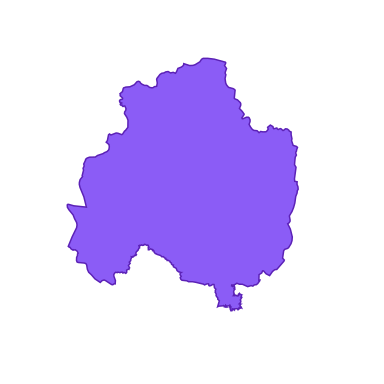 outline of Na Duang, Loei, Thailand, rotated 34°
{"feature_id": "78962969B28379819304677", "entity_name": "Na Duang", "entity_type": "district", "adm_level": 2, "iso_a3": "THA", "parent_name": "Thailand", "parent_adm1": "Loei", "projection": "albers", "projection_center": [102.034, 17.538], "detail": "fine", "context": "isolated", "style": "filled", "palette": "violet", "viewbox_px": 384, "rotation_deg": 34, "n_neighbors": 0, "source": "geoboundaries", "source_scale": "gbopen_adm2", "svg_char_len": 5998}
<svg xmlns="http://www.w3.org/2000/svg" viewBox="0 0 384 384"><g transform="rotate(34 192 192)"><path d="M179.7,311.1L178.0,308.2L174.2,305.4L173.3,304.1L173.3,302.1L173.7,301.1L175.1,300.7L175.2,300.1L176.2,299.5L177.4,299.2L177.8,298.4L179.0,297.5L179.5,297.3L180.0,297.8L181.1,296.5L182.6,296.5L182.7,296.1L182.8,295.1L181.5,293.3L182.4,291.6L183.0,291.4L182.6,290.5L182.7,289.8L180.4,288.5L180.6,285.7L179.2,285.2L179.6,283.2L179.0,282.4L178.5,280.0L178.0,279.6L178.9,279.3L178.7,279.0L179.1,278.4L179.7,278.4L180.0,276.3L180.9,276.1L181.0,275.0L180.1,274.7L179.5,273.8L179.3,272.4L179.7,271.4L179.5,270.8L179.9,270.2L179.4,268.5L179.8,267.6L178.2,266.3L178.9,266.1L178.5,265.4L179.6,264.6L179.7,264.1L181.1,263.8L181.3,263.3L181.8,263.1L181.8,262.1L182.2,261.7L184.3,261.5L185.0,260.7L185.7,260.8L186.1,261.4L186.8,261.7L186.7,262.2L187.1,262.3L186.9,262.6L188.1,264.3L188.7,264.0L189.5,262.2L191.6,262.2L191.6,261.8L192.3,261.9L192.4,262.6L193.5,262.2L194.3,263.1L196.2,263.6L196.9,263.2L197.8,263.3L201.5,262.2L203.2,262.6L204.5,261.6L206.3,262.0L207.2,261.7L207.5,262.4L208.8,262.1L209.7,262.7L210.5,262.0L212.5,261.8L213.3,262.5L214.7,262.4L215.4,263.3L216.8,263.4L217.4,263.0L217.6,263.6L218.5,264.4L221.6,264.1L223.5,265.5L225.7,265.7L226.6,265.1L227.2,265.4L228.0,264.9L227.6,265.9L228.4,267.3L230.2,267.9L230.1,269.6L231.5,270.6L233.0,270.8L237.4,268.5L239.3,268.3L242.6,266.1L245.5,264.8L253.0,262.0L254.4,262.0L255.4,260.3L256.7,259.0L257.1,258.9L258.3,260.1L259.1,260.0L260.0,259.0L260.9,257.0L262.0,256.4L264.1,258.8L266.1,259.2L266.4,260.7L267.2,261.6L267.2,262.1L268.7,262.8L269.6,263.7L269.7,264.2L270.7,264.9L272.6,265.4L273.3,266.5L275.5,266.9L277.4,272.8L278.0,271.7L281.4,269.0L281.6,268.5L282.6,268.4L282.9,269.1L284.3,268.6L283.9,268.2L284.7,267.9L283.6,267.7L283.3,267.1L284.4,267.3L286.2,265.8L286.6,264.6L287.8,265.3L287.5,265.9L287.6,266.3L288.6,265.8L288.5,266.8L289.1,267.6L290.1,268.3L290.6,268.1L290.7,268.6L291.3,268.3L291.5,268.1L291.2,267.5L291.7,267.0L290.8,266.3L292.0,265.8L293.1,266.0L292.6,265.1L294.7,263.4L296.0,263.9L296.5,262.1L295.8,262.3L295.8,261.6L297.1,261.2L297.3,260.5L297.9,260.4L297.0,259.8L296.4,260.0L295.4,259.6L295.3,258.7L294.8,258.3L295.1,257.7L293.7,258.3L294.0,256.4L293.5,255.1L292.4,254.5L292.2,251.6L291.4,251.8L291.4,251.0L290.5,249.9L290.7,249.5L288.4,249.8L288.0,249.5L287.8,250.2L288.6,250.2L287.9,251.3L288.4,251.6L288.0,252.1L288.2,252.5L287.4,253.0L286.1,253.0L285.3,253.6L285.5,254.0L284.5,254.6L284.9,253.4L284.3,253.0L283.9,253.5L283.0,252.0L282.4,251.7L281.8,250.0L281.8,249.1L281.1,248.7L281.6,248.3L280.9,248.0L280.7,247.0L280.2,247.0L279.6,246.3L279.4,246.9L278.9,246.8L278.9,247.4L278.4,247.7L277.9,247.5L277.3,247.7L276.9,246.9L278.2,246.1L279.6,244.2L280.2,242.6L282.8,242.0L285.4,240.3L291.1,239.3L293.3,236.6L295.1,236.0L295.6,234.2L297.2,232.8L297.7,231.2L297.8,227.6L297.5,227.0L296.8,227.8L293.8,223.0L295.1,220.1L294.6,218.0L295.4,217.4L299.2,218.4L303.1,217.9L303.2,212.9L304.0,210.2L305.6,208.8L306.9,198.0L306.6,196.8L304.1,196.2L300.8,189.3L301.0,187.6L302.8,185.3L303.2,184.1L303.0,179.5L302.1,176.4L300.3,173.2L296.1,169.4L294.3,167.8L289.1,164.8L289.7,163.4L289.7,161.6L289.0,160.4L286.1,157.4L285.8,152.3L284.9,148.1L283.4,143.6L280.5,137.7L279.7,134.1L278.6,132.1L278.5,130.4L276.9,128.4L274.7,126.9L273.4,124.7L271.2,125.7L269.6,123.8L264.4,113.3L261.8,112.1L260.3,109.5L258.1,105.4L257.9,103.0L256.4,101.9L255.8,100.9L255.7,99.5L255.2,98.7L254.5,96.0L253.1,95.8L249.8,96.8L245.8,93.7L245.1,92.0L242.0,88.9L240.6,86.8L238.7,87.1L237.7,86.6L235.8,86.5L234.3,87.2L233.6,88.7L233.6,89.6L232.9,90.2L230.7,89.8L229.7,90.1L228.5,92.0L227.4,92.0L226.5,91.5L224.5,93.8L223.7,93.6L222.5,92.5L219.5,92.7L218.5,96.1L220.1,97.3L219.9,100.2L219.3,101.0L217.0,102.6L215.1,103.4L214.4,105.3L211.7,104.8L208.7,106.4L206.7,106.3L204.2,105.4L201.5,104.0L200.8,101.3L199.8,99.7L197.8,98.5L196.9,98.5L195.3,99.6L193.2,102.9L192.5,103.1L191.9,102.6L191.9,99.2L191.7,98.3L188.6,97.1L184.6,96.2L184.0,93.1L183.2,91.7L182.1,90.9L178.2,90.2L175.6,90.8L174.6,90.6L170.8,83.5L170.0,83.2L168.2,83.3L163.8,84.8L161.0,84.0L159.1,82.9L156.0,79.5L154.5,75.8L153.2,75.1L152.6,74.2L151.6,70.3L148.3,69.0L148.0,66.7L147.6,65.9L147.1,65.7L136.2,69.4L130.3,72.4L126.5,75.0L125.7,76.6L125.7,79.7L123.4,84.7L122.0,86.5L119.3,88.5L113.4,90.2L114.0,91.3L113.9,92.9L113.3,94.4L111.2,97.4L111.9,100.9L111.9,102.8L109.5,103.3L107.6,105.3L104.8,105.5L103.0,107.2L102.2,108.9L100.5,110.5L99.7,112.5L99.4,117.4L99.7,118.4L102.3,121.1L103.6,124.2L101.9,125.7L101.4,127.2L100.6,128.0L98.1,129.1L97.1,128.8L94.9,128.9L93.0,130.2L90.2,130.6L88.5,130.5L87.0,129.8L85.6,130.2L84.7,131.4L84.2,135.3L81.7,139.5L78.5,142.0L77.1,143.9L77.1,144.6L78.2,147.6L77.3,150.8L78.5,151.8L78.6,152.4L81.8,152.9L82.4,153.6L82.3,154.1L81.0,155.4L80.8,156.5L81.0,157.1L82.0,157.9L83.9,157.6L83.3,159.0L83.6,159.6L84.5,159.8L85.3,159.1L86.2,159.7L87.0,159.7L87.5,158.8L88.3,158.3L90.7,159.8L91.4,161.4L91.4,163.3L92.2,164.8L96.4,166.6L98.8,168.3L102.7,174.3L102.4,178.3L102.0,179.2L102.1,182.8L101.7,183.7L97.7,184.7L96.1,185.5L93.1,189.8L92.7,190.1L91.2,190.0L90.8,191.2L93.1,196.7L93.0,198.7L96.6,199.1L98.2,200.8L99.3,203.2L99.3,204.2L98.9,206.1L97.3,208.5L96.9,209.8L93.2,214.6L92.3,217.1L87.5,220.5L86.0,222.6L85.5,224.4L85.9,225.0L86.6,229.4L87.5,230.1L88.2,231.3L88.4,233.2L89.9,234.6L91.8,239.9L92.6,240.4L92.3,244.2L93.2,246.9L94.3,248.7L96.7,250.9L105.1,256.5L112.9,263.6L101.8,269.5L96.5,271.3L95.8,271.9L95.8,272.5L97.3,274.4L100.0,275.6L106.3,277.5L109.6,279.8L113.5,281.9L115.1,283.6L116.3,286.1L117.7,296.1L119.8,306.2L120.3,306.1L121.0,306.5L121.9,306.1L123.4,306.8L125.1,306.8L125.7,306.3L126.0,306.6L127.5,305.2L130.0,305.3L131.8,306.4L131.7,307.3L132.6,308.8L132.9,310.7L134.5,313.3L135.8,314.3L137.0,314.1L142.5,311.1L144.0,310.7L145.5,311.4L148.5,314.6L151.2,316.3L155.0,316.9L160.1,318.3L166.5,318.3L167.0,315.8L168.3,314.1L169.9,313.8L177.1,313.7L178.2,313.2L178.8,311.6L179.7,311.1Z" fill="#8b5cf6" stroke="#5b21b6" stroke-width="1.5"/></g></svg>